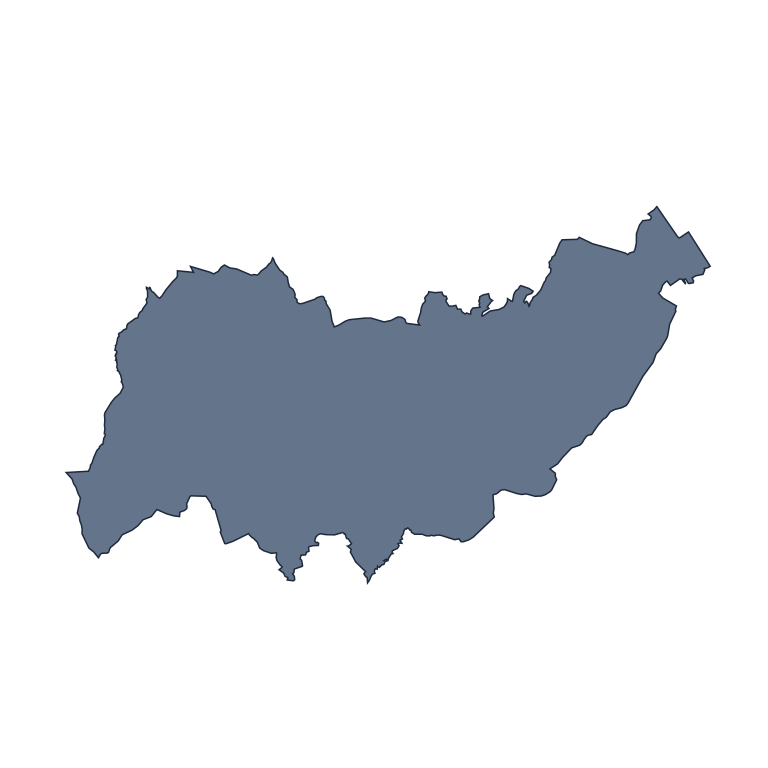 Balanesti, Gorj, Romania (Natural Earth projection), rotated 196°
{"feature_id": "2599482B82822475618537", "entity_name": "Balanesti", "entity_type": "district", "adm_level": 2, "iso_a3": "ROU", "parent_name": "Romania", "parent_adm1": "Gorj", "projection": "natural_earth1", "projection_center": [23.427, 45.073], "detail": "fine", "context": "isolated", "style": "filled", "palette": "slate", "viewbox_px": 768, "rotation_deg": 196, "n_neighbors": 0, "source": "geoboundaries", "source_scale": "gbopen_adm2", "svg_char_len": 6171}
<svg xmlns="http://www.w3.org/2000/svg" viewBox="0 0 768 768"><g transform="rotate(196 384 384)"><path d="M639.0,411.5L638.5,409.9L637.2,408.8L635.2,402.5L635.9,399.7L634.2,396.4L636.6,389.8L636.6,388.2L638.5,385.4L639.1,382.6L638.7,380.5L639.0,379.8L641.1,378.5L647.0,371.0L647.2,369.0L646.8,366.2L649.4,364.1L650.4,361.9L652.7,359.7L652.9,358.7L651.7,356.9L652.7,355.3L652.1,347.9L652.8,347.0L652.1,345.4L652.0,342.4L650.5,342.2L649.5,341.0L649.8,339.9L649.4,339.1L650.2,338.6L649.8,337.6L650.2,336.9L648.4,335.3L648.7,334.2L648.0,333.8L648.6,332.9L647.1,332.4L647.1,331.2L646.4,330.5L645.7,328.5L645.6,326.7L643.7,324.1L644.0,323.4L641.9,322.7L641.0,321.1L640.0,320.6L637.4,316.0L637.0,314.4L637.3,313.9L635.7,312.4L633.7,309.2L635.1,302.3L638.7,296.8L641.0,291.4L644.3,279.6L644.2,277.1L642.6,273.1L641.3,267.1L639.9,264.0L639.2,259.1L638.3,258.9L637.7,257.9L638.4,254.5L637.6,248.6L638.6,248.3L640.3,245.2L640.0,244.2L641.7,240.9L642.7,233.8L642.9,227.6L643.8,225.1L643.4,222.8L644.0,218.7L665.1,211.3L657.6,206.6L654.8,202.6L651.6,199.8L647.7,194.2L644.9,191.3L644.3,190.2L643.2,175.3L640.5,172.6L638.5,168.4L636.1,165.2L634.3,161.6L632.9,156.7L622.4,144.9L616.6,142.5L610.6,138.3L609.6,142.1L608.8,143.4L603.7,145.1L602.4,146.1L602.1,151.1L596.3,159.7L594.1,166.9L586.1,173.9L581.5,179.9L578.1,187.2L571.2,192.4L567.7,200.7L556.9,199.3L549.5,199.3L544.0,200.2L544.9,204.6L540.8,207.5L539.3,209.9L539.5,211.9L540.7,214.3L539.5,222.4L538.7,223.3L524.1,227.0L516.9,221.0L515.9,218.9L513.7,216.7L511.7,216.7L500.2,198.2L500.6,196.6L493.2,186.8L492.0,186.8L485.9,191.1L472.9,202.9L471.8,201.8L468.4,200.0L467.3,199.9L462.0,196.9L458.4,192.1L454.0,190.6L445.6,190.2L440.9,192.1L440.0,189.5L440.0,187.7L438.2,184.7L433.7,181.2L431.7,180.3L431.5,179.6L433.7,176.5L428.3,174.6L426.0,171.8L423.0,171.4L423.0,168.9L417.0,169.8L416.4,170.3L415.9,171.3L417.2,174.5L419.6,176.5L418.6,177.8L419.2,181.4L412.3,186.2L412.2,186.9L414.6,191.8L416.4,192.8L416.6,196.5L412.3,198.1L412.1,200.9L410.0,202.6L411.4,205.9L411.2,207.0L407.9,208.9L402.6,210.7L402.9,212.8L404.2,213.5L405.9,212.8L407.4,214.1L407.4,217.8L406.1,220.6L404.0,222.5L398.2,223.2L389.8,225.4L382.9,229.8L381.1,229.4L380.8,228.8L379.8,228.9L377.4,225.2L375.7,225.3L371.2,221.5L373.3,218.7L374.5,218.1L370.0,216.1L370.0,213.2L362.1,205.1L349.9,198.5L351.0,196.5L350.8,195.7L348.1,193.6L346.8,193.3L345.0,188.3L344.0,191.1L343.3,196.3L342.6,198.1L340.5,199.6L341.8,201.4L341.5,204.1L339.5,204.1L340.0,207.1L337.9,206.4L336.2,209.6L334.4,210.5L333.9,214.0L335.5,214.1L333.8,216.1L333.1,216.2L332.6,214.6L331.5,215.3L331.6,217.7L330.5,221.7L330.2,222.5L328.6,223.5L329.8,224.3L329.9,226.1L326.0,229.4L325.1,231.8L325.0,232.8L326.6,234.3L325.2,235.4L322.9,235.8L325.5,238.3L323.5,240.1L325.1,241.8L324.1,245.5L324.4,248.4L323.6,250.7L322.3,250.8L321.8,252.2L320.5,252.0L319.0,250.7L318.1,251.1L316.6,249.0L313.1,248.0L306.0,250.1L301.5,249.7L298.1,250.6L296.9,251.6L294.3,251.8L290.2,253.8L287.3,254.2L273.0,253.8L269.3,255.8L266.4,253.6L264.1,254.3L259.4,257.6L256.0,261.4L241.3,286.5L243.4,290.1L243.9,294.4L248.7,307.5L245.4,309.6L242.3,314.2L239.1,315.7L226.2,315.3L221.3,315.7L217.0,317.6L207.8,317.7L201.9,319.7L198.4,322.1L194.7,326.2L193.6,328.5L191.6,339.5L193.8,342.4L194.7,345.4L201.1,348.1L195.0,355.2L192.4,362.0L186.0,374.3L179.0,379.1L177.3,382.0L176.2,386.4L174.8,389.8L173.5,391.1L170.5,392.7L167.0,403.1L163.9,410.1L161.1,413.4L158.9,419.6L155.3,423.0L148.6,427.0L145.3,430.0L144.1,432.9L137.2,462.9L131.3,478.9L130.7,488.0L127.8,494.0L124.8,506.0L124.6,508.7L125.9,520.2L123.5,534.4L124.6,536.3L124.3,539.6L139.7,543.5L145.1,546.9L143.7,549.7L143.3,556.0L141.5,559.7L140.3,560.9L135.8,557.7L128.7,566.5L126.6,566.7L122.1,563.5L121.9,564.1L124.7,567.2L122.9,568.1L119.5,564.9L118.5,564.6L114.6,566.6L114.8,568.3L117.0,570.9L114.2,573.9L107.6,577.3L107.1,582.2L108.0,583.2L104.7,585.1L102.9,587.1L133.2,614.1L140.0,606.1L141.0,605.8L143.0,607.0L170.6,629.7L172.4,625.9L177.0,620.2L173.4,618.7L173.0,617.5L173.5,615.2L180.3,612.3L182.2,607.3L182.8,598.1L180.3,589.1L179.8,582.5L180.4,579.9L184.1,577.6L185.3,575.5L187.7,576.3L195.1,576.5L222.2,576.3L236.8,578.8L237.9,576.4L252.6,571.7L253.9,567.7L255.4,554.8L257.4,552.2L257.3,549.7L258.9,546.5L257.6,544.0L257.3,541.5L255.3,540.9L254.7,537.1L257.3,530.8L257.3,527.6L258.0,526.2L259.3,517.5L262.1,511.2L264.6,508.4L264.7,506.3L266.0,501.9L265.6,500.4L266.0,498.7L268.0,501.5L269.5,502.7L270.2,502.7L271.0,500.8L272.6,502.0L271.3,508.7L267.0,511.8L266.2,514.3L271.1,515.8L279.6,516.3L280.6,514.9L280.9,512.6L283.0,510.0L283.7,507.5L283.9,505.7L283.3,498.9L283.6,498.6L288.8,500.1L288.2,497.8L288.4,495.4L289.8,491.2L293.9,487.4L302.1,483.4L307.9,476.4L308.9,476.7L308.8,480.2L303.9,485.5L305.9,486.7L303.6,492.8L302.6,494.2L305.8,495.2L308.4,499.6L313.4,496.9L316.0,494.2L315.4,491.5L315.9,490.3L314.3,488.0L314.4,486.5L312.9,484.2L319.7,481.4L320.7,478.0L319.9,475.2L320.3,474.8L324.3,475.0L325.2,473.8L326.1,473.8L328.9,474.9L330.8,477.2L333.9,476.2L336.6,479.4L340.2,477.5L343.1,476.9L347.1,480.5L347.5,482.0L346.8,483.2L348.5,485.5L350.2,485.1L352.3,486.3L353.7,488.3L360.1,485.9L366.4,485.0L366.3,482.9L368.0,479.8L368.5,477.8L367.0,475.0L368.8,471.5L369.1,467.3L368.5,462.9L368.8,453.7L368.0,452.2L366.0,450.5L378.7,448.6L379.9,449.1L381.7,451.9L385.5,453.0L389.1,452.3L394.8,447.0L400.9,443.7L414.7,443.8L420.6,442.1L435.2,436.2L438.7,433.5L443.6,428.2L447.5,425.2L451.2,429.9L456.1,440.1L461.5,445.1L462.7,447.7L464.1,448.2L464.9,450.0L466.6,451.3L468.4,451.0L472.6,448.3L473.3,446.8L484.5,439.0L487.1,437.9L489.8,438.4L490.7,440.0L490.6,440.8L493.7,442.9L494.0,445.2L494.9,446.8L497.5,449.9L501.5,451.3L503.9,454.9L506.4,460.2L510.6,462.1L512.1,463.5L515.5,464.7L521.8,470.0L524.9,474.0L525.9,474.5L525.9,471.5L526.5,469.2L527.8,467.5L529.2,463.9L533.2,458.8L535.0,454.7L536.2,453.7L539.1,453.4L541.5,452.0L557.3,454.0L564.2,453.1L570.2,454.4L572.7,451.4L574.5,446.4L578.1,442.9L582.0,443.5L602.4,443.7L597.9,438.8L613.8,435.9L612.4,430.9L612.7,428.9L615.4,424.1L619.7,414.2L621.6,407.8L623.3,404.6L624.8,404.9L630.7,408.5L633.2,409.3L635.5,412.2L635.8,412.2L635.6,410.9L639.0,411.5Z" fill="#64748b" stroke="#1e293b" stroke-width="1.5"/></g></svg>